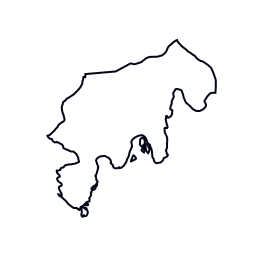 outline of Chaves, Pará, Brazil, rotated 104°
{"feature_id": "56859067B61286453634561", "entity_name": "Chaves", "entity_type": "district", "adm_level": 2, "iso_a3": "BRA", "parent_name": "Brazil", "parent_adm1": "Pará", "projection": "albers", "projection_center": [-49.534, 0.015], "detail": "fine", "context": "isolated", "style": "outline", "palette": "ink", "viewbox_px": 256, "rotation_deg": 104, "n_neighbors": 0, "source": "geoboundaries", "source_scale": "gbopen_adm2", "svg_char_len": 5949}
<svg xmlns="http://www.w3.org/2000/svg" viewBox="0 0 256 256"><g transform="rotate(104 128 128)"><path d="M86.0,182.4L87.2,182.0L89.0,181.9L88.9,183.2L89.1,183.5L89.5,183.7L91.4,183.3L93.3,183.5L94.3,183.4L95.3,183.2L96.4,183.2L99.4,183.9L101.9,184.9L107.8,188.3L108.9,189.1L114.6,194.6L116.4,195.4L118.1,196.9L119.3,197.2L121.0,197.1L123.1,197.4L124.6,197.1L128.1,195.7L131.5,193.4L132.8,192.9L133.9,192.1L134.9,191.7L136.0,191.7L136.9,191.9L138.1,192.9L138.6,193.7L141.3,195.8L142.3,196.3L143.9,196.6L144.9,197.1L146.3,197.9L148.6,199.0L153.9,202.4L154.8,204.1L155.1,204.3L156.4,202.9L156.5,202.6L157.3,201.3L157.1,199.5L157.4,199.1L158.7,198.0L159.4,196.7L159.7,195.5L158.7,193.6L159.1,193.0L159.0,191.5L159.2,191.3L159.6,190.0L159.6,188.9L159.9,188.6L160.4,187.5L161.2,186.7L163.1,185.9L164.6,177.5L164.1,175.8L164.2,175.2L164.6,174.0L165.8,171.9L168.8,169.1L171.0,168.3L172.3,167.4L172.8,167.4L173.2,167.7L174.1,169.2L175.6,171.1L176.4,173.2L177.1,174.5L177.5,176.2L178.8,178.9L179.5,180.0L179.9,180.3L181.8,181.1L182.9,183.1L183.2,183.3L184.5,183.7L185.0,183.6L185.4,183.8L185.6,184.6L186.5,186.0L186.6,186.8L187.1,186.8L188.4,186.1L189.0,185.5L190.7,182.8L191.3,182.4L191.9,182.6L192.7,183.7L193.7,184.4L194.5,184.5L195.4,184.0L196.6,182.7L198.0,179.3L199.0,178.5L199.5,178.4L200.3,178.8L200.7,179.4L201.0,180.1L201.6,180.6L202.9,180.6L204.6,179.5L207.6,176.8L208.5,176.3L209.3,176.0L209.7,176.1L209.9,176.5L209.6,178.0L209.1,179.0L209.2,179.5L209.9,178.9L210.4,178.2L211.2,175.3L212.8,172.6L214.2,170.0L215.2,168.9L216.3,167.2L217.1,165.6L217.5,164.4L218.0,163.6L218.1,162.8L218.5,162.3L218.7,161.1L218.0,158.4L218.2,158.0L219.0,157.1L218.8,156.5L219.2,155.4L216.1,154.7L215.3,154.1L214.5,153.0L213.8,152.4L212.7,151.9L210.8,150.6L210.1,150.4L208.7,148.5L208.7,147.8L208.4,147.6L206.3,148.1L205.9,148.2L205.6,148.6L205.0,148.5L204.1,148.1L202.8,147.7L201.4,147.8L200.1,148.3L199.4,147.9L199.0,148.0L198.7,148.2L197.2,147.6L195.9,148.3L195.8,148.8L195.4,148.8L194.6,148.5L193.4,147.6L192.4,147.2L192.1,146.4L191.8,146.2L191.5,145.9L191.6,144.6L191.4,144.2L191.0,144.1L190.3,144.4L190.1,145.2L189.7,145.2L188.0,144.4L187.6,144.6L186.7,145.1L186.6,145.6L185.9,146.3L185.5,146.2L185.2,146.3L182.4,147.8L182.3,148.1L181.9,148.1L181.3,147.6L180.4,147.5L174.4,147.3L173.7,147.6L173.2,147.4L172.5,147.6L170.9,148.9L167.4,151.1L165.8,151.0L164.2,150.1L162.7,148.6L162.0,147.4L161.5,146.1L160.8,143.8L160.9,142.7L161.5,140.7L161.6,139.5L163.2,137.3L165.2,136.2L165.7,136.1L166.2,136.3L166.6,135.9L166.9,135.0L167.5,134.3L167.9,133.4L169.1,133.1L169.9,132.2L170.2,130.7L169.7,128.7L169.4,128.1L168.6,127.6L168.3,127.1L168.8,126.7L168.9,126.4L168.5,125.4L167.9,124.7L166.9,124.0L165.6,122.8L164.4,122.7L163.7,122.3L161.1,121.4L158.8,121.4L156.2,120.6L155.0,120.6L153.9,120.5L150.4,120.6L149.4,120.5L148.6,120.1L146.1,120.0L145.5,119.5L144.2,119.8L140.8,121.4L139.1,121.3L137.1,120.2L135.4,118.8L134.4,117.7L132.7,115.5L131.6,112.8L131.6,112.0L132.4,109.7L134.6,107.4L137.7,105.5L139.0,102.7L140.6,101.9L141.4,101.3L142.0,100.6L144.2,99.5L144.6,99.2L147.8,98.2L150.7,97.0L151.6,95.8L153.1,95.1L154.5,94.0L155.1,92.7L155.2,91.7L155.1,91.3L154.3,90.0L154.2,89.2L153.6,88.0L150.7,86.2L148.6,86.0L146.8,83.8L145.7,83.0L144.8,82.8L144.4,82.8L144.1,83.2L143.8,84.1L143.0,84.3L142.5,84.5L140.7,85.8L140.3,85.8L139.5,85.4L136.4,85.6L134.0,86.4L131.6,86.7L128.1,87.6L126.3,88.8L124.2,90.6L122.8,91.5L119.5,92.5L119.1,92.3L118.8,92.0L118.8,90.6L118.5,90.0L117.9,89.8L117.2,89.9L115.2,91.2L110.4,93.6L109.4,93.4L108.7,93.4L107.6,93.9L107.1,93.7L106.9,93.3L108.3,91.6L108.1,91.0L106.3,89.3L104.9,88.8L104.1,88.7L101.3,89.0L100.2,89.3L99.9,89.7L99.6,91.3L98.8,91.8L96.4,91.8L94.4,91.5L93.3,91.6L92.3,91.9L91.3,92.0L89.0,91.6L87.0,91.1L85.9,91.4L83.3,92.6L79.2,91.4L78.5,90.7L78.2,88.9L78.2,87.6L78.3,86.3L78.7,85.1L82.2,82.7L84.6,81.5L88.2,78.9L89.4,77.8L91.8,72.9L94.0,69.7L94.3,68.4L94.2,68.0L94.8,67.1L94.9,66.1L94.4,63.5L93.9,62.2L92.1,60.0L89.9,58.4L88.7,57.9L87.4,57.8L86.4,58.0L85.4,58.7L84.2,60.0L83.1,60.3L82.5,60.1L78.0,58.6L75.2,57.1L74.2,56.2L73.1,53.7L72.7,51.7L67.6,52.6L61.3,54.1L59.2,55.0L53.5,58.8L50.5,61.1L49.2,62.4L47.5,65.7L45.8,70.2L45.3,72.2L45.3,73.7L44.8,75.7L43.7,78.2L41.7,80.9L41.2,82.8L40.0,85.5L39.4,87.9L37.7,90.9L35.8,95.3L33.2,99.4L31.3,101.6L30.9,101.7L31.2,102.3L33.1,104.2L38.7,108.1L39.5,108.5L41.5,109.0L43.5,109.2L45.3,109.8L47.3,110.8L49.6,112.9L51.8,117.0L53.7,124.0L54.1,124.7L55.7,127.1L60.9,131.1L64.1,136.2L64.5,137.2L64.7,138.3L64.6,141.0L76.1,153.6L86.0,182.4ZM219.9,146.5L219.4,146.6L217.5,147.8L217.0,149.6L215.9,151.8L215.8,152.8L216.0,153.1L217.1,153.5L218.4,153.6L219.4,153.0L221.0,152.4L222.2,152.3L223.2,152.4L224.1,152.0L224.9,151.2L225.1,150.7L224.9,150.2L223.4,149.9L223.4,149.5L223.8,149.4L224.1,149.1L223.8,147.9L223.3,147.2L222.0,146.7L219.9,146.5ZM140.5,108.8L139.2,107.9L138.2,108.1L137.5,108.5L137.0,108.4L136.0,108.7L134.3,110.6L134.0,111.4L134.1,112.2L135.5,113.1L136.8,113.4L138.4,113.0L141.0,112.6L141.6,111.8L142.1,111.4L142.5,110.7L142.4,110.0L141.9,109.3L140.5,108.8ZM140.7,107.4L142.8,106.0L145.4,105.1L147.0,103.3L147.5,102.4L145.6,101.8L144.4,101.9L142.5,102.5L141.2,103.7L139.2,106.1L139.0,106.7L139.2,107.2L139.8,107.4L140.7,107.4ZM159.5,116.6L157.6,114.6L156.5,113.1L155.7,112.9L155.3,113.0L153.2,115.5L153.1,115.9L153.7,116.5L156.2,116.7L157.2,117.0L158.5,117.1L159.6,117.0L159.5,116.6ZM146.8,108.8L147.7,107.1L147.8,106.6L146.7,106.6L141.9,108.2L142.5,109.0L143.6,109.2L144.6,109.2L145.7,109.5L146.3,109.4L146.8,108.8ZM195.2,147.7L196.0,147.5L196.3,147.2L196.4,146.9L196.2,146.6L196.2,146.0L195.6,145.5L194.1,145.1L193.7,144.9L193.0,145.0L192.6,146.3L194.2,147.6L195.2,147.7ZM213.2,150.0L212.6,149.3L211.4,148.8L211.4,149.8L211.9,150.3L212.6,150.7L213.3,150.8L213.2,150.0ZM216.3,149.8L216.7,149.3L216.7,148.8L216.1,148.8L215.7,149.6L215.8,150.0L216.3,149.8ZM212.7,148.4L212.3,148.2L212.0,148.3L212.3,148.7L212.6,148.8L212.7,148.4Z" fill="none" stroke="#020617" stroke-width="2"/></g></svg>